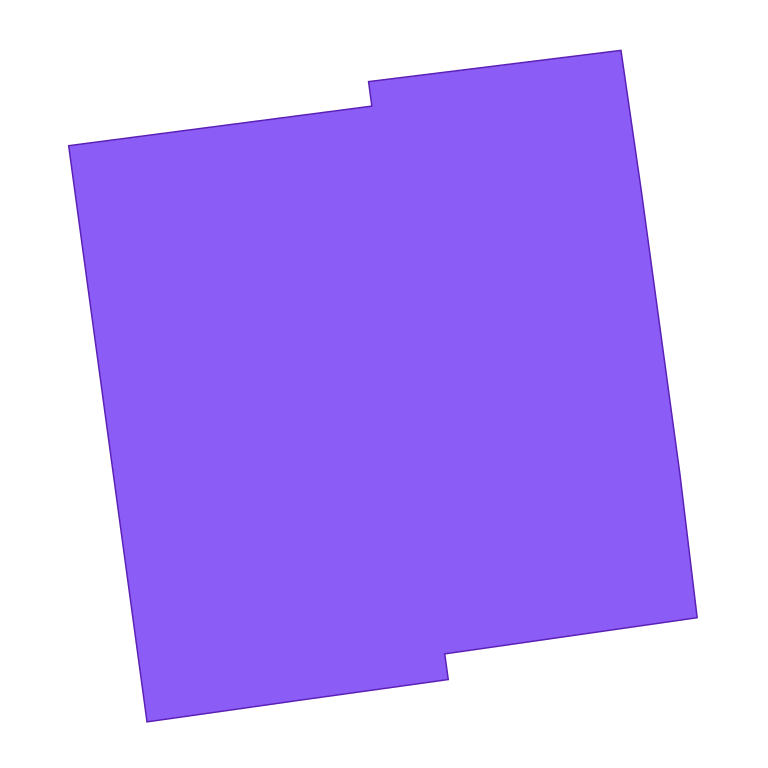 Midland, Michigan, United States of America, rotated 352°
{"feature_id": "52423323B20736301303757", "entity_name": "Midland", "entity_type": "district", "adm_level": 2, "iso_a3": "USA", "parent_name": "United States of America", "parent_adm1": "Michigan", "projection": "equal_earth", "projection_center": [-84.371, 43.647], "detail": "fine", "context": "isolated", "style": "filled", "palette": "violet", "viewbox_px": 768, "rotation_deg": 352, "n_neighbors": 0, "source": "geoboundaries", "source_scale": "gbopen_adm2", "svg_char_len": 313}
<svg xmlns="http://www.w3.org/2000/svg" viewBox="0 0 768 768"><g transform="rotate(352 384 384)"><path d="M102.3,685.6L254.4,685.4L406.5,685.6L406.6,659.7L661.6,659.0L664.5,514.2L665.7,228.7L665.1,86.6L410.8,82.4L410.6,107.1L104.9,104.1L102.3,685.6Z" fill="#8b5cf6" stroke="#5b21b6" stroke-width="1.5"/></g></svg>